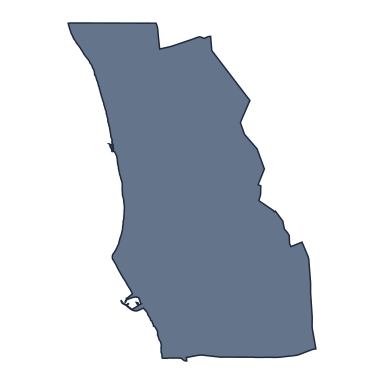 outline of Joondalup, Western Australia, Australia
{"feature_id": "25037944B62034941870385", "entity_name": "Joondalup", "entity_type": "district", "adm_level": 2, "iso_a3": "AUS", "parent_name": "Australia", "parent_adm1": "Western Australia", "projection": "mercator", "projection_center": [115.744, -31.78], "detail": "fine", "context": "isolated", "style": "filled", "palette": "slate", "viewbox_px": 384, "rotation_deg": 0, "n_neighbors": 0, "source": "geoboundaries", "source_scale": "gbopen_adm2", "svg_char_len": 5823}
<svg xmlns="http://www.w3.org/2000/svg" viewBox="0 0 384 384"><path d="M315.9,348.9L312.9,332.0L312.3,328.7L312.2,327.2L312.1,326.2L312.2,318.5L312.2,316.8L310.6,293.1L310.6,284.0L310.5,281.6L308.9,261.0L308.7,258.8L308.2,257.1L308.0,256.3L302.0,242.1L291.0,246.6L290.9,246.1L289.6,244.1L289.2,235.4L287.3,232.4L284.4,229.2L282.8,221.1L275.4,211.1L274.0,211.7L273.5,210.6L258.9,200.7L260.6,194.4L260.8,185.8L258.1,184.7L264.4,169.0L257.1,148.9L244.5,134.4L240.4,122.7L242.2,118.2L249.9,100.5L211.8,50.6L210.6,36.3L208.9,36.5L207.2,37.0L206.5,37.3L205.0,38.1L204.6,38.2L203.9,38.3L203.1,37.9L200.9,37.1L199.7,36.8L198.5,37.1L196.3,37.7L194.0,38.7L172.4,46.0L170.0,46.7L159.7,49.0L158.5,38.0L157.7,28.6L157.5,27.6L156.8,25.2L156.0,23.2L69.8,23.0L68.1,23.3L69.2,27.0L69.4,27.7L69.7,28.9L70.1,29.9L70.4,30.8L71.1,33.2L72.9,36.5L73.0,37.3L73.2,37.5L73.7,38.7L74.4,39.6L75.3,40.8L76.7,43.4L77.2,43.9L77.7,44.6L78.1,45.0L79.4,46.8L79.8,47.3L80.5,48.3L81.4,49.9L82.3,51.1L82.8,52.1L83.1,52.5L84.0,54.2L84.3,54.6L86.2,57.2L88.2,59.5L89.2,61.1L89.6,61.8L89.8,62.4L90.0,63.0L90.6,63.8L90.8,63.9L91.3,64.5L91.6,65.0L92.0,66.0L92.2,66.5L92.4,67.0L92.6,68.0L93.6,69.2L93.9,69.8L94.0,70.8L94.4,71.7L94.5,72.8L94.5,73.5L94.6,74.4L94.6,74.9L95.0,75.3L95.4,75.5L95.5,75.6L95.5,76.0L95.8,76.7L96.0,77.2L96.1,77.6L96.2,78.0L96.4,78.6L96.5,79.3L96.7,79.7L97.0,80.8L97.5,81.5L97.6,82.2L98.0,83.3L98.1,83.8L98.3,84.8L98.5,85.8L99.1,87.0L99.3,87.8L99.3,88.4L99.5,89.2L99.8,89.8L100.1,91.0L100.2,91.5L100.3,92.1L100.6,92.9L100.9,93.9L100.8,94.1L101.1,94.8L101.1,95.0L101.4,95.7L101.4,96.1L102.0,97.7L102.7,100.3L103.7,103.1L103.8,103.4L103.8,104.1L104.1,105.3L104.5,106.0L104.6,106.7L105.4,109.7L105.9,110.5L106.0,111.2L106.3,111.9L106.2,112.5L106.3,112.9L106.2,113.2L106.2,113.4L106.4,113.7L106.8,115.0L107.1,116.7L107.3,117.6L107.7,118.3L107.8,118.7L107.8,120.5L107.9,121.3L108.2,122.7L108.5,123.4L108.7,124.0L108.9,125.6L109.2,126.1L109.6,127.8L109.7,129.2L110.1,130.8L110.2,132.1L110.5,133.3L110.8,135.4L110.9,136.7L111.0,137.2L111.4,137.9L111.7,138.9L111.9,139.4L112.0,139.7L112.1,141.2L111.8,141.8L111.8,142.0L112.2,142.0L112.2,143.9L111.7,144.4L111.5,144.8L111.0,144.9L111.0,145.2L111.2,145.3L111.7,145.0L111.9,144.5L112.7,144.0L113.3,146.1L112.3,146.6L112.3,146.8L112.5,146.7L113.2,148.0L113.5,148.2L113.5,148.3L113.5,149.1L113.4,149.5L113.0,150.0L112.9,150.3L112.6,150.3L112.5,149.8L110.8,147.2L110.1,144.4L109.1,143.8L108.9,143.8L109.6,144.4L110.4,147.3L111.9,149.7L111.8,151.2L111.9,151.4L112.1,151.5L114.3,151.5L114.8,152.2L115.3,153.1L115.5,153.8L115.8,154.2L116.6,155.9L117.0,157.4L117.0,157.9L117.3,159.6L117.4,161.7L117.7,162.9L117.6,163.2L117.6,163.8L118.5,167.3L118.4,168.4L118.6,168.9L118.9,170.8L119.5,173.0L119.7,174.8L120.3,176.0L120.5,177.0L120.7,177.8L120.9,178.7L122.0,182.3L122.2,183.4L122.2,184.1L122.3,186.7L122.1,188.5L122.3,190.8L122.5,193.7L122.4,194.4L122.5,195.3L122.7,196.1L123.2,197.5L123.5,198.8L123.9,202.9L124.4,206.5L124.3,207.7L124.4,209.0L124.3,209.7L124.1,211.2L124.2,212.3L124.0,215.2L123.8,218.5L123.8,219.2L123.5,220.1L123.1,221.6L123.1,222.0L123.2,223.4L122.9,225.5L122.7,226.2L122.6,227.1L122.7,227.9L122.6,228.6L122.0,231.7L121.7,232.9L121.4,233.8L121.3,234.7L120.7,236.4L120.4,237.1L119.8,239.0L119.6,240.0L119.0,242.2L118.6,244.2L117.3,246.6L116.8,248.0L116.1,249.2L115.9,249.8L115.0,251.2L114.5,252.2L113.6,253.2L113.0,254.2L112.6,255.0L112.4,255.6L112.3,257.1L112.3,258.0L112.5,258.7L112.8,259.5L113.9,261.1L114.8,262.7L116.3,265.2L116.7,266.3L118.4,269.6L120.0,272.4L120.5,273.2L120.9,274.1L121.7,275.4L122.3,276.4L122.7,277.2L123.6,278.6L125.3,281.1L126.2,282.6L126.7,283.8L128.8,287.2L129.4,288.0L130.0,289.2L130.5,289.8L131.2,291.4L132.1,293.0L132.4,293.6L132.4,293.9L128.3,297.1L126.9,298.4L126.4,298.3L126.4,298.7L126.6,298.8L125.1,301.7L125.1,302.1L125.3,302.2L125.6,302.1L126.1,301.0L126.6,299.9L130.1,298.4L131.7,297.8L134.9,297.1L135.9,296.9L136.4,297.0L136.5,297.2L137.7,297.3L138.3,297.6L138.7,297.8L138.9,298.1L139.0,298.8L139.3,298.9L139.4,299.2L139.3,299.3L139.4,299.8L139.9,300.3L139.9,301.2L140.1,301.7L140.5,302.9L140.8,303.4L140.8,303.9L140.8,304.0L140.4,304.2L140.6,304.2L139.6,304.8L138.4,304.5L138.1,304.0L138.4,303.7L137.8,302.7L136.4,302.4L136.2,302.4L138.2,305.7L133.3,308.7L132.5,309.1L131.9,309.3L128.7,306.9L127.3,305.7L127.2,305.5L127.1,305.3L127.2,305.1L128.5,303.9L128.5,303.7L128.3,303.6L128.0,303.7L127.1,304.5L126.7,305.0L125.7,304.5L124.8,304.1L123.5,303.4L122.9,303.0L122.6,302.7L122.2,302.3L121.5,300.8L121.2,300.6L121.0,300.8L121.1,301.0L121.5,301.9L121.7,302.5L122.6,303.5L123.4,304.0L124.7,304.6L126.0,305.3L127.8,306.9L130.9,309.3L132.1,310.0L133.4,310.5L135.1,310.9L136.4,310.9L137.2,310.8L137.7,310.7L143.5,308.1L143.8,308.4L144.0,308.9L146.7,311.8L147.0,312.4L147.6,313.4L147.7,314.6L147.8,314.8L149.3,316.9L150.0,318.1L150.4,319.0L150.6,320.2L150.9,320.5L151.4,320.8L151.8,321.1L152.0,321.5L152.6,323.3L153.0,323.9L153.3,324.7L153.4,325.2L153.4,326.1L153.6,326.2L153.8,326.2L154.2,326.3L154.6,326.6L155.0,327.0L156.5,329.4L157.1,330.5L157.4,331.5L157.6,332.6L157.7,334.1L157.5,335.2L158.0,335.9L158.9,339.0L159.4,340.1L160.6,341.9L160.7,342.3L161.0,343.7L161.4,345.6L161.2,346.0L161.0,348.1L161.2,349.0L161.1,350.9L161.1,351.9L161.2,352.6L161.4,353.1L161.8,353.9L161.9,354.2L162.0,356.7L162.2,358.0L162.3,358.2L167.4,358.3L168.1,358.2L168.8,358.0L169.3,358.0L180.2,358.1L180.8,358.2L181.5,358.5L183.5,360.1L184.2,360.5L185.3,360.9L186.0,361.0L186.8,360.9L186.7,360.2L186.5,358.8L186.4,357.3L187.5,357.3L188.5,357.2L191.2,356.6L197.7,355.4L199.4,355.2L200.4,355.1L202.2,355.1L203.0,355.2L220.1,357.1L253.2,357.2L255.4,357.4L257.6,357.4L262.3,357.4L267.1,357.3L275.9,357.4L278.3,357.3L280.8,357.1L290.4,356.0L292.8,355.8L296.3,355.3L298.9,354.7L300.1,354.2L311.9,349.7L313.3,349.3L315.9,348.9Z" fill="#64748b" stroke="#1e293b" stroke-width="1.5"/></svg>